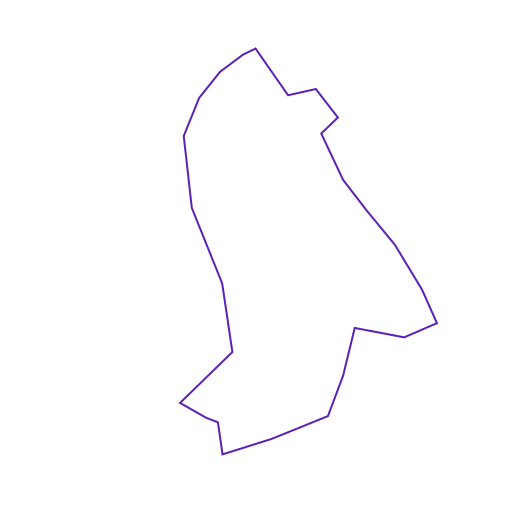 Saint David, orthographic projection, rotated 325°
{"feature_id": "VCT-5066", "entity_name": "Saint David", "entity_type": "Parish", "adm_level": 1, "iso_a3": "VCT", "parent_name": "Saint Vincent and the Grenadines", "parent_adm1": "", "projection": "orthographic", "projection_center": [-61.207, 13.318], "detail": "fine", "context": "isolated", "style": "outline", "palette": "violet", "viewbox_px": 512, "rotation_deg": 325, "n_neighbors": 0, "source": "natural_earth", "source_scale": "10m", "svg_char_len": 486}
<svg xmlns="http://www.w3.org/2000/svg" viewBox="0 0 512 512"><g transform="rotate(325 256 256)"><path d="M114.8,399.3L129.4,370.4L122.4,360.0L109.5,332.8L181.6,321.1L212.6,259.0L231.0,179.8L265.6,116.3L300.1,93.9L332.2,84.5L360.9,83.6L374.6,85.8L374.5,142.7L400.8,153.5L402.5,189.5L379.7,193.1L371.0,243.6L372.7,281.5L376.2,326.5L372.7,378.8L365.7,414.8L330.7,407.6L295.6,371.6L258.7,404.0L223.1,428.4L164.0,414.8L114.8,399.3Z" fill="none" stroke="#5b21b6" stroke-width="2"/></g></svg>